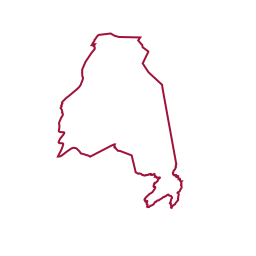 Eyjafjarðarsveit, Norðurland eystra, Iceland, rotated 317°
{"feature_id": "244011B64056494481770", "entity_name": "Eyjafjarðarsveit", "entity_type": "district", "adm_level": 2, "iso_a3": "ISL", "parent_name": "Iceland", "parent_adm1": "Norðurland eystra", "projection": "equal_earth", "projection_center": [-18.286, 65.228], "detail": "fine", "context": "isolated", "style": "outline", "palette": "rose", "viewbox_px": 256, "rotation_deg": 317, "n_neighbors": 0, "source": "geoboundaries", "source_scale": "gbopen_adm2", "svg_char_len": 5552}
<svg xmlns="http://www.w3.org/2000/svg" viewBox="0 0 256 256"><g transform="rotate(317 128 128)"><path d="M88.8,199.7L89.7,200.2L90.4,200.1L91.4,200.2L92.2,200.7L93.1,200.9L93.4,201.0L93.9,201.2L94.9,201.2L95.1,201.0L95.9,200.9L96.8,200.8L97.2,200.6L97.6,200.6L97.9,200.7L98.0,201.0L98.8,201.1L99.2,201.0L100.2,201.1L100.4,201.2L100.4,201.4L100.6,201.6L101.2,201.9L103.2,202.1L105.0,202.6L106.8,202.6L106.9,202.8L107.3,203.1L108.1,203.2L108.8,203.4L109.1,203.6L109.4,203.7L109.9,203.6L110.5,203.6L110.9,203.8L111.6,203.9L112.1,204.2L112.2,205.0L112.1,205.4L112.1,205.8L112.4,206.1L113.1,207.1L113.0,208.0L112.9,208.3L112.9,208.8L112.7,209.0L112.2,209.3L111.1,209.5L110.4,210.0L110.0,210.3L108.7,211.0L107.6,211.5L107.8,211.7L107.6,211.8L107.6,212.1L107.7,212.3L107.8,212.5L107.0,213.0L106.9,213.5L106.6,213.8L106.5,214.1L106.7,214.5L106.9,214.6L107.0,214.8L106.9,214.9L106.6,215.1L106.2,215.1L105.9,215.3L105.4,215.4L105.2,215.5L105.4,216.1L105.7,215.9L106.0,215.7L107.1,215.6L108.0,215.3L108.5,215.3L109.1,215.6L109.8,215.6L110.1,215.8L110.4,215.8L111.4,215.4L115.3,214.9L115.4,214.7L116.0,214.5L116.2,214.3L116.4,213.7L116.8,213.3L117.5,212.9L118.3,212.2L119.5,211.5L119.9,211.2L120.1,210.7L120.2,210.1L119.9,209.4L119.9,209.2L120.2,209.1L121.0,209.1L121.9,209.5L122.7,209.5L123.2,209.3L123.5,209.0L123.8,208.9L126.2,208.3L126.7,208.1L127.4,207.0L127.7,206.7L127.7,206.1L127.8,205.9L128.8,205.5L128.8,205.1L129.3,204.8L129.5,204.3L129.6,204.1L130.1,203.9L130.9,203.7L130.4,203.3L130.5,202.9L130.4,202.6L130.4,202.3L130.3,202.1L130.2,202.0L130.7,201.5L130.5,201.1L131.2,200.7L131.3,200.5L130.9,200.2L130.3,199.8L130.8,199.5L130.8,198.8L130.8,198.3L131.3,198.1L131.4,197.8L131.6,197.6L131.1,197.3L130.0,197.0L129.9,196.9L130.0,196.6L130.9,196.3L130.6,196.0L130.2,195.7L130.4,195.4L131.0,195.1L130.7,194.7L129.5,194.2L129.3,193.9L129.4,193.3L129.6,193.0L129.4,192.9L129.4,192.7L129.7,192.5L129.7,192.0L129.8,191.8L130.1,191.5L130.6,191.4L130.7,191.2L131.8,190.7L132.2,190.4L132.6,190.3L134.1,190.3L135.1,189.9L135.7,189.4L136.4,189.3L137.2,188.4L137.1,188.2L137.8,187.7L138.5,187.6L177.5,126.9L179.9,123.2L182.4,119.6L181.0,101.3L182.8,90.8L194.9,86.1L195.0,85.7L194.3,81.4L193.8,79.2L193.8,78.8L194.6,77.7L195.0,77.1L195.1,76.6L195.1,76.2L194.9,75.7L195.2,70.9L198.7,70.1L184.5,56.3L183.5,55.3L181.1,51.4L179.8,47.1L170.0,39.9L167.8,39.9L164.6,40.7L163.4,40.8L163.1,41.2L162.8,41.4L161.4,41.6L160.4,42.0L159.8,42.0L159.2,42.5L158.5,42.6L158.0,42.7L158.1,42.8L159.2,42.6L160.0,43.2L160.8,44.0L160.6,44.0L160.4,44.3L159.8,44.2L159.8,44.4L159.4,44.4L158.8,44.6L159.0,45.0L158.8,46.1L158.2,46.5L158.2,46.9L158.1,47.0L157.6,47.4L157.5,47.5L152.5,48.2L142.1,50.6L134.4,54.0L131.2,57.4L130.7,58.1L129.9,59.1L129.7,59.5L129.4,60.5L129.2,60.8L127.2,62.1L125.4,62.9L122.7,64.2L121.1,64.6L119.7,64.8L117.0,64.8L111.9,64.5L108.8,64.4L104.8,64.1L103.7,63.9L101.4,64.0L100.4,64.1L99.1,64.0L97.7,64.2L96.8,64.5L96.7,64.7L96.8,65.0L96.7,65.4L94.8,65.9L94.3,66.2L94.2,66.3L94.3,66.9L92.9,67.2L92.4,67.4L92.2,67.7L92.3,68.3L92.1,69.2L91.8,70.1L91.0,71.3L90.4,71.5L90.2,72.0L90.3,72.6L90.1,73.1L89.7,73.5L89.0,74.1L88.6,74.3L86.1,74.9L84.6,75.6L82.5,76.5L80.9,77.4L80.3,78.1L79.7,79.3L79.5,79.5L77.7,81.2L75.4,82.9L75.2,83.3L75.2,83.6L75.4,84.3L75.8,84.9L78.2,87.4L78.3,87.8L78.1,88.1L77.0,88.6L76.0,88.8L71.3,89.5L70.1,89.9L68.7,90.5L68.1,90.7L67.6,91.1L67.4,91.4L67.4,91.9L67.5,92.4L68.8,93.6L69.5,94.3L69.9,95.2L69.7,95.5L68.0,96.7L66.3,97.6L63.6,98.8L59.5,100.2L57.3,101.1L58.7,102.3L59.2,102.5L59.7,102.7L61.4,103.0L67.7,103.6L71.5,104.2L72.3,104.3L73.6,104.7L74.2,105.0L74.9,105.6L76.1,107.2L76.4,108.0L76.5,110.3L76.6,111.5L76.4,113.5L76.1,114.3L77.4,116.3L80.4,121.6L80.7,123.1L103.2,129.4L106.6,130.5L106.8,130.6L107.2,131.0L106.5,131.3L105.9,131.8L105.1,132.6L104.8,132.9L104.8,133.0L105.6,133.2L105.6,133.4L105.5,133.6L105.1,133.9L105.1,137.7L106.6,139.5L112.0,150.5L103.7,165.2L103.4,165.5L104.3,168.5L105.2,168.8L105.4,169.0L105.6,169.6L106.0,169.9L106.2,170.2L106.4,170.8L106.3,171.7L106.4,171.9L106.4,172.0L106.5,172.2L106.7,172.3L106.8,172.4L106.7,172.5L106.8,172.7L107.1,172.9L107.2,173.2L107.2,173.4L107.5,173.8L107.6,174.1L108.0,174.3L108.4,174.3L109.0,174.5L109.1,174.9L109.3,175.2L109.9,175.4L110.2,175.7L110.4,175.9L110.9,176.0L111.7,176.0L112.0,176.3L112.0,176.5L113.1,176.9L113.3,177.1L113.1,177.3L112.7,177.5L112.7,177.9L112.8,178.0L113.2,178.0L113.6,178.3L113.6,178.5L113.6,178.9L114.3,179.0L115.2,179.4L115.7,179.4L116.0,179.6L116.0,179.8L115.9,180.0L115.2,180.7L115.3,181.0L115.2,181.5L115.0,181.8L114.5,182.0L115.1,182.5L115.3,182.7L115.1,183.0L115.3,183.4L114.9,183.5L114.9,183.8L116.0,184.5L116.4,185.2L116.8,185.3L116.9,185.5L117.5,185.8L117.5,186.0L117.3,186.2L117.1,186.2L116.0,186.2L115.6,186.1L114.8,186.2L114.5,186.5L113.9,186.6L113.6,186.9L113.0,186.9L112.5,186.9L111.7,187.0L111.1,186.8L110.2,186.8L109.9,186.6L109.9,186.4L109.2,186.5L108.7,186.8L108.9,187.0L108.5,187.1L108.1,187.3L107.9,187.5L107.5,187.6L106.9,188.0L106.7,188.5L106.9,188.7L106.9,188.9L107.1,189.0L107.7,189.6L107.6,189.8L107.2,190.3L106.2,190.7L105.2,190.9L102.7,191.5L102.0,191.6L101.5,191.5L101.2,191.4L100.8,191.4L100.0,191.3L99.3,191.0L98.7,190.9L96.6,191.0L95.6,190.9L95.1,191.0L93.8,191.0L93.2,191.1L92.6,191.1L92.2,191.2L91.7,191.3L91.0,191.8L91.0,192.4L91.0,192.5L91.4,192.8L91.5,192.9L91.4,193.1L90.9,193.4L91.1,193.6L90.7,194.0L90.9,194.2L91.7,194.3L92.2,194.6L92.0,194.9L91.6,195.0L90.8,195.6L89.9,196.1L89.7,196.5L89.9,196.7L90.0,197.5L89.7,197.8L89.1,198.1L88.8,198.4L88.3,198.6L88.8,199.7Z" fill="none" stroke="#9f1239" stroke-width="2"/></g></svg>